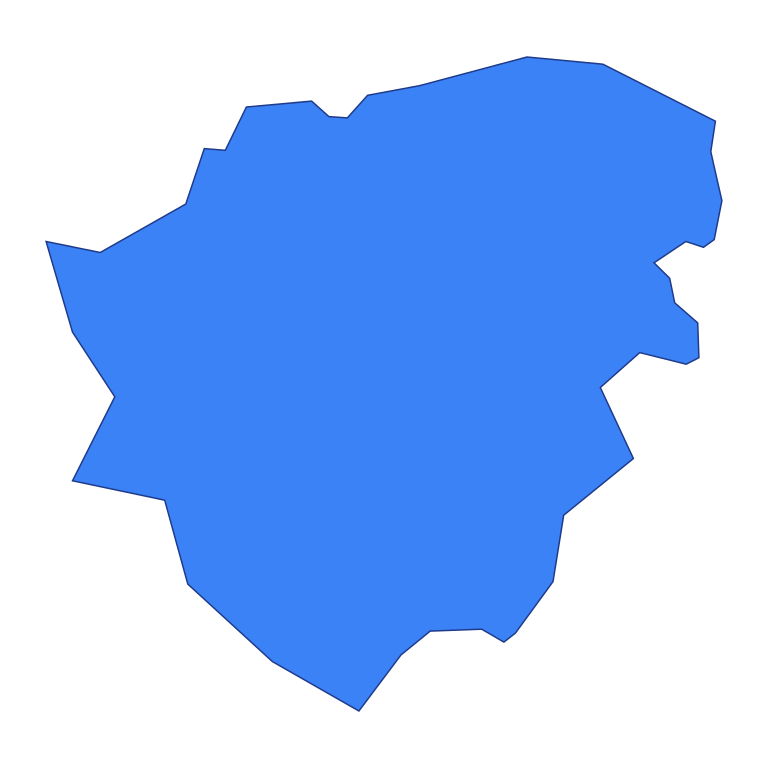 an SVG outline of Doncaster
{"feature_id": "GBR-5689", "entity_name": "Doncaster", "entity_type": "Metropolitan Borough", "adm_level": 1, "iso_a3": "GBR", "parent_name": "United Kingdom", "parent_adm1": "", "projection": "mercator", "projection_center": [-1.051, 53.519], "detail": "fine", "context": "isolated", "style": "filled", "palette": "blue", "viewbox_px": 768, "rotation_deg": 0, "n_neighbors": 0, "source": "natural_earth", "source_scale": "10m", "svg_char_len": 653}
<svg xmlns="http://www.w3.org/2000/svg" viewBox="0 0 768 768"><path d="M347.3,117.9L367.6,95.3L419.8,85.6L526.9,57.0L602.9,64.2L715.4,121.2L710.8,151.6L714.4,167.8L721.9,200.7L714.2,239.6L703.5,247.3L685.8,241.5L654.0,262.8L669.7,278.3L674.7,302.8L697.7,322.9L698.9,357.7L686.2,364.2L639.7,352.6L600.3,387.5L633.4,458.5L563.7,515.2L553.0,581.6L515.4,633.1L503.9,642.1L481.7,629.2L430.2,631.1L401.0,654.9L358.9,711.0L272.4,661.6L187.8,584.1L164.7,500.2L72.5,480.8L114.8,396.8L72.5,332.1L46.1,241.5L100.2,252.5L185.8,204.0L204.3,148.6L225.3,150.3L246.4,107.0L311.6,101.1L328.9,116.6L347.3,117.9Z" fill="#3b82f6" stroke="#1e3a8a" stroke-width="1.5"/></svg>